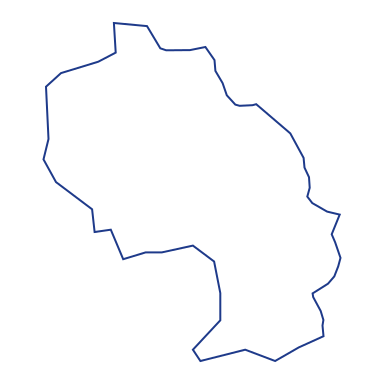 the Municipality of Aizputes
{"feature_id": "LVA-5714", "entity_name": "Aizputes", "entity_type": "Municipality", "adm_level": 1, "iso_a3": "LVA", "parent_name": "Latvia", "parent_adm1": "", "projection": "mercator", "projection_center": [21.624, 56.709], "detail": "fine", "context": "isolated", "style": "outline", "palette": "blue", "viewbox_px": 384, "rotation_deg": 0, "n_neighbors": 0, "source": "natural_earth", "source_scale": "10m", "svg_char_len": 800}
<svg xmlns="http://www.w3.org/2000/svg" viewBox="0 0 384 384"><path d="M113.9,23.0L147.0,26.1L160.3,48.3L166.2,50.3L190.0,50.1L205.4,47.0L214.5,60.1L215.4,70.9L222.6,83.1L226.8,95.3L235.3,104.6L239.6,105.8L252.5,105.2L256.2,104.2L290.3,133.4L303.6,157.9L304.5,167.6L309.0,177.2L309.7,187.8L307.3,196.6L312.3,203.1L327.1,211.6L339.7,214.6L331.7,234.3L335.1,242.2L340.5,257.9L338.2,266.4L334.3,276.4L328.0,283.7L312.6,293.4L313.2,297.1L320.7,311.0L323.4,320.0L322.5,325.5L323.5,336.2L298.8,347.4L275.1,361.0L245.2,349.7L200.4,361.0L192.9,349.7L220.3,320.3L220.3,293.1L214.1,261.5L192.9,245.6L161.8,252.4L145.6,252.4L123.2,259.2L110.8,229.7L94.6,232.0L92.1,209.3L56.0,182.1L43.5,159.4L48.5,139.0L46.0,86.7L61.0,73.1L98.3,61.7L115.7,52.6L113.9,23.0Z" fill="none" stroke="#1e3a8a" stroke-width="2"/></svg>